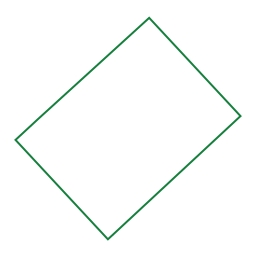 the district of Reagan, Texas, United States of America, rotated 227°
{"feature_id": "52423323B76210058558743", "entity_name": "Reagan", "entity_type": "district", "adm_level": 2, "iso_a3": "USA", "parent_name": "United States of America", "parent_adm1": "Texas", "projection": "robinson", "projection_center": [-101.414, 31.365], "detail": "fine", "context": "isolated", "style": "outline", "palette": "green", "viewbox_px": 256, "rotation_deg": 227, "n_neighbors": 0, "source": "geoboundaries", "source_scale": "gbopen_adm2", "svg_char_len": 243}
<svg xmlns="http://www.w3.org/2000/svg" viewBox="0 0 256 256"><g transform="rotate(227 128 128)"><path d="M195.8,76.3L195.9,67.5L196.0,37.6L60.3,37.4L60.0,218.4L194.1,218.6L195.8,76.3Z" fill="none" stroke="#15803d" stroke-width="2"/></g></svg>